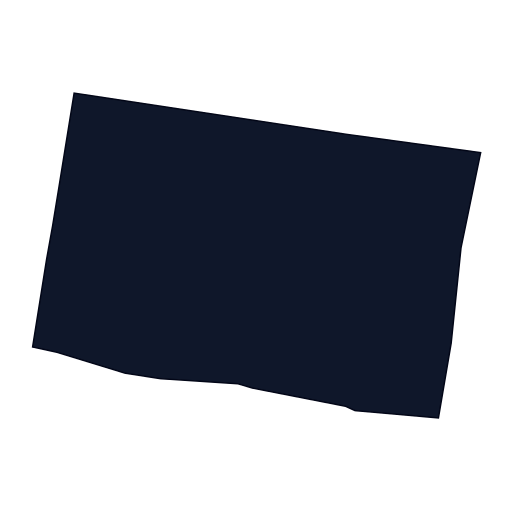 the district of Orleans, New York, United States of America, rotated 189°
{"feature_id": "52423323B61064757463824", "entity_name": "Orleans", "entity_type": "district", "adm_level": 2, "iso_a3": "USA", "parent_name": "United States of America", "parent_adm1": "New York", "projection": "natural_earth1", "projection_center": [-78.228, 43.253], "detail": "fine", "context": "isolated", "style": "filled", "palette": "ink", "viewbox_px": 512, "rotation_deg": 189, "n_neighbors": 0, "source": "geoboundaries", "source_scale": "gbopen_adm2", "svg_char_len": 382}
<svg xmlns="http://www.w3.org/2000/svg" viewBox="0 0 512 512"><g transform="rotate(189 256 256)"><path d="M50.5,124.6L49.6,200.4L54.8,296.2L50.3,393.2L186.3,390.3L461.1,388.4L461.4,292.6L461.6,253.5L462.3,220.1L462.4,131.2L437.8,129.8L366.9,119.8L331.2,119.9L253.8,127.0L238.8,125.0L144.1,121.6L134.0,118.8L50.5,124.6Z" fill="#0f172a" stroke="#020617" stroke-width="1.5"/></g></svg>